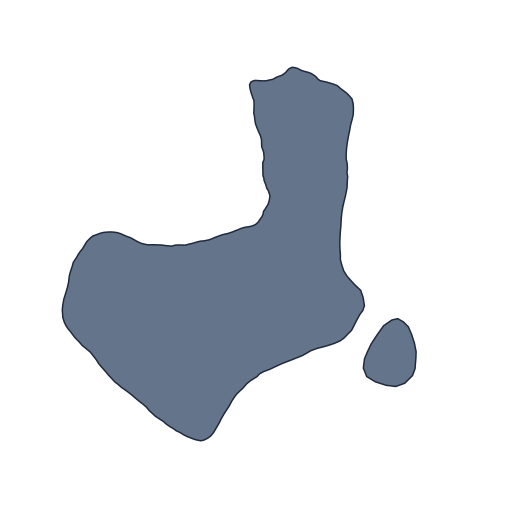 outline of Felidhoo, Maldives, rotated 282°
{"feature_id": "70690204B77108705549894", "entity_name": "Felidhoo", "entity_type": "district", "adm_level": 2, "iso_a3": "MDV", "parent_name": "Maldives", "parent_adm1": "", "projection": "albers", "projection_center": [73.527, 3.453], "detail": "fine", "context": "isolated", "style": "filled", "palette": "slate", "viewbox_px": 512, "rotation_deg": 282, "n_neighbors": 0, "source": "geoboundaries", "source_scale": "gbopen_adm2", "svg_char_len": 3797}
<svg xmlns="http://www.w3.org/2000/svg" viewBox="0 0 512 512"><g transform="rotate(282 256 256)"><path d="M447.5,259.7L448.2,257.4L448.3,255.4L448.2,252.4L447.2,250.8L446.0,249.4L444.3,248.2L442.6,247.4L440.6,246.0L438.3,243.9L436.9,241.6L435.0,238.7L432.3,235.7L430.8,232.2L429.5,229.5L428.8,226.7L428.2,223.0L427.6,218.6L426.2,216.1L425.0,214.8L422.2,214.1L419.1,215.1L416.5,216.3L413.8,217.8L410.3,219.9L407.5,221.7L402.9,222.8L398.4,223.6L395.3,224.1L392.4,225.4L388.9,226.6L385.4,227.9L382.2,229.9L378.5,232.4L374.3,235.5L370.9,237.2L367.5,238.0L364.3,238.8L361.7,240.3L359.3,241.8L356.9,242.6L353.9,243.5L351.9,243.8L348.8,243.2L346.5,243.7L344.2,244.2L341.0,245.0L338.5,245.5L335.9,246.2L333.7,247.5L331.2,248.4L328.0,250.6L324.3,252.6L322.4,254.5L320.1,255.8L318.1,257.0L314.7,257.4L311.2,257.3L308.4,256.9L306.2,256.0L304.1,255.3L301.3,254.1L298.5,254.2L295.9,253.7L293.4,252.6L289.6,251.1L287.1,249.3L285.4,247.3L284.3,245.5L282.9,242.3L282.0,239.7L280.9,237.5L279.7,235.4L277.9,232.9L276.2,230.2L274.7,228.1L274.0,226.8L272.7,224.8L271.9,223.2L270.8,220.7L269.2,217.6L267.9,215.6L266.0,212.5L264.2,210.0L262.2,207.0L261.1,204.5L259.9,201.8L259.2,199.2L258.1,196.6L256.7,194.0L255.3,191.5L253.3,187.2L252.2,185.2L251.8,184.0L251.3,181.1L250.6,177.5L249.7,174.4L248.3,172.0L247.8,169.0L247.4,166.0L247.3,163.7L247.0,160.6L246.2,156.4L245.7,153.2L245.0,150.5L244.4,147.6L244.4,143.7L244.6,140.7L245.5,136.8L246.3,134.3L247.2,131.4L247.8,129.5L248.4,124.9L249.2,121.3L249.7,118.7L250.0,115.6L249.8,112.2L249.3,108.7L248.3,105.0L247.4,102.1L245.9,99.0L243.4,95.1L241.7,92.3L239.4,90.4L234.9,87.5L231.8,86.4L226.6,84.6L224.0,83.2L220.4,81.7L217.6,80.9L211.8,78.6L207.7,78.4L202.5,77.8L197.9,77.5L191.7,78.1L186.3,78.1L181.5,77.7L178.0,77.4L173.8,77.0L167.7,77.2L163.1,77.7L159.7,78.7L155.5,79.9L151.5,82.2L148.6,84.4L145.8,87.2L143.8,89.8L138.5,95.9L135.8,100.1L132.3,104.7L130.2,108.9L127.6,113.8L124.6,117.5L121.0,121.7L118.5,124.0L116.0,127.0L113.1,131.0L110.6,134.3L108.9,136.4L103.3,144.4L102.0,147.3L99.6,151.5L97.2,157.2L94.5,162.9L91.9,167.6L89.7,171.8L87.6,176.2L85.4,180.2L82.7,183.5L80.2,187.8L78.3,190.9L76.3,196.1L74.9,199.8L73.1,202.8L71.2,207.3L70.0,211.0L68.5,214.2L67.5,218.6L66.1,222.3L65.1,226.2L64.3,230.8L63.8,234.5L63.7,237.2L63.8,240.6L65.4,243.8L67.9,246.8L70.4,249.0L74.4,251.2L80.1,253.1L84.4,254.5L89.7,255.9L94.4,257.4L100.2,259.6L103.8,261.0L109.1,262.5L112.7,263.9L116.8,265.7L120.8,268.4L124.2,270.8L128.8,273.3L132.8,276.4L135.8,279.5L138.2,282.0L141.5,284.0L144.5,287.5L148.1,293.1L152.0,298.2L156.4,304.1L160.0,309.7L164.6,316.6L168.2,322.0L171.1,325.3L174.9,329.5L178.6,335.4L180.9,340.2L184.2,346.4L186.9,350.9L190.2,355.6L194.0,359.1L198.8,362.1L203.3,365.0L209.3,366.6L213.9,367.8L216.7,368.6L220.5,369.8L224.8,371.8L229.9,372.4L237.7,369.4L244.2,365.5L248.5,358.4L251.8,353.8L255.3,349.1L259.7,344.9L265.0,341.8L270.2,339.2L274.8,338.3L280.9,336.5L286.9,335.1L296.2,333.6L303.6,332.7L310.4,331.6L315.9,331.0L321.8,330.7L328.1,330.8L332.9,331.0L341.5,330.9L349.1,329.6L352.1,329.3L354.3,328.6L355.7,327.9L357.2,327.5L359.6,327.4L362.7,326.7L365.8,325.8L369.4,324.1L374.9,322.9L380.3,322.2L386.3,321.7L392.9,321.5L398.2,321.5L403.9,321.3L408.7,321.6L414.5,321.7L420.4,320.7L425.1,319.4L429.5,317.3L432.0,314.1L434.1,311.0L435.8,307.4L437.3,304.1L438.5,302.0L439.6,299.9L440.2,295.9L440.5,292.6L440.8,289.2L440.8,285.0L440.9,282.0L442.1,279.6L443.9,277.2L445.0,274.8L446.0,272.0L446.5,269.3L446.6,265.9L446.9,262.2L447.5,259.7ZM224.2,407.7L221.7,402.3L214.3,395.3L203.9,390.8L193.8,386.9L185.3,384.9L178.0,383.5L168.7,384.3L161.1,389.4L157.7,399.0L156.6,410.2L157.4,419.8L162.5,428.0L171.5,433.9L178.8,435.0L189.5,433.6L195.7,432.5L203.6,429.1L211.5,424.6L218.3,419.8L222.2,413.9L224.2,407.7Z" fill="#64748b" stroke="#1e293b" stroke-width="1.5"/></g></svg>